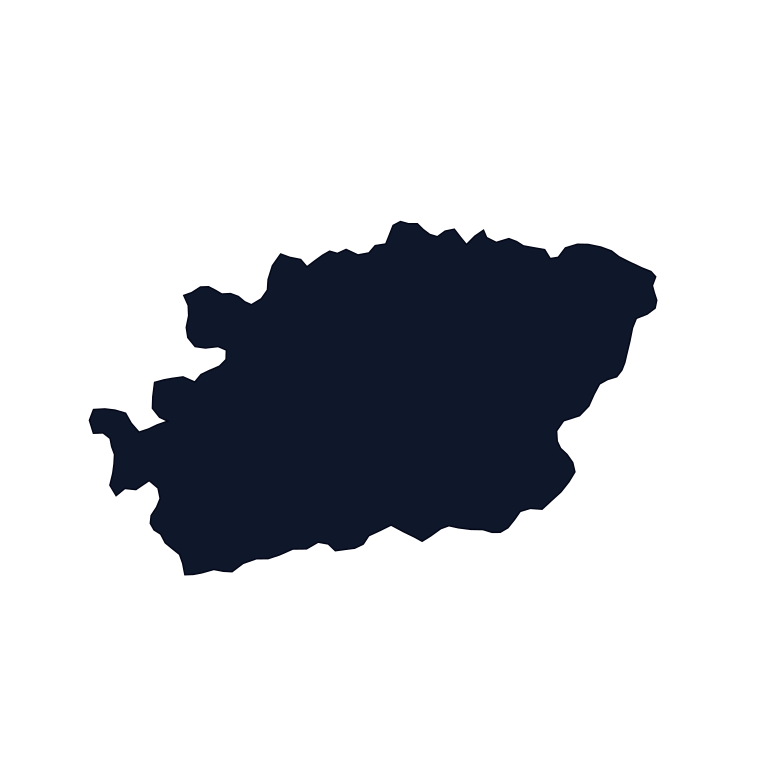 São José da Varginha, Minas Gerais, Brazil, rotated 229°
{"feature_id": "56859067B73320463748486", "entity_name": "São José da Varginha", "entity_type": "district", "adm_level": 2, "iso_a3": "BRA", "parent_name": "Brazil", "parent_adm1": "Minas Gerais", "projection": "natural_earth1", "projection_center": [-44.552, -19.7], "detail": "fine", "context": "isolated", "style": "filled", "palette": "ink", "viewbox_px": 768, "rotation_deg": 229, "n_neighbors": 0, "source": "geoboundaries", "source_scale": "gbopen_adm2", "svg_char_len": 2307}
<svg xmlns="http://www.w3.org/2000/svg" viewBox="0 0 768 768"><g transform="rotate(229 384 384)"><path d="M535.7,211.9L526.0,201.1L517.6,193.3L506.1,192.8L497.8,196.5L501.9,186.1L504.6,176.5L508.4,167.5L520.3,167.5L531.5,169.8L540.7,163.9L548.3,157.0L555.3,148.0L549.9,137.9L537.5,132.4L531.4,139.9L522.6,141.6L515.4,137.4L507.6,134.4L500.8,127.8L494.6,120.8L487.4,110.7L475.5,108.6L475.2,119.9L467.1,127.5L465.2,143.4L453.7,145.2L444.4,139.9L440.2,131.6L437.5,122.0L432.1,116.2L424.8,114.7L417.2,117.0L407.6,114.7L398.8,116.2L389.5,117.9L380.7,114.4L370.7,108.6L365.3,115.3L361.1,122.5L355.7,133.9L348.1,139.9L342.0,146.2L341.1,159.9L335.9,173.0L328.2,182.0L323.6,193.0L319.3,206.9L310.4,217.4L307.9,230.5L299.8,237.0L290.1,237.9L284.4,246.6L279.3,254.2L276.8,263.4L279.5,272.9L276.1,284.6L272.9,296.8L259.8,301.8L249.0,306.4L240.3,309.6L238.7,319.7L237.6,331.9L234.5,340.0L226.6,345.9L217.3,354.2L209.2,363.2L201.2,368.2L195.8,374.5L194.2,383.2L196.1,393.6L198.5,403.2L194.2,412.8L185.8,421.2L186.2,434.0L186.5,446.9L188.9,459.5L192.4,470.4L200.9,474.9L210.8,475.9L219.6,475.0L227.2,477.2L235.4,483.5L238.4,495.4L231.8,510.8L233.0,524.1L238.4,535.7L242.6,546.7L240.7,555.7L236.8,564.4L238.4,572.6L242.2,579.8L247.2,586.7L254.9,597.5L263.4,608.5L268.0,617.5L264.1,628.5L263.4,638.4L268.3,644.8L275.6,647.9L282.2,651.1L286.7,659.4L293.7,659.3L302.4,654.8L315.5,649.0L325.9,644.8L335.1,643.0L345.1,637.5L355.3,629.7L362.6,621.6L367.7,610.2L365.3,598.6L369.6,591.7L380.0,593.4L388.8,586.2L396.8,579.8L404.5,577.5L411.8,573.6L417.2,561.6L427.2,557.5L434.8,560.0L436.0,549.5L435.1,537.7L444.8,538.0L454.7,538.6L459.3,530.4L460.1,520.9L466.9,516.6L475.0,514.9L483.1,514.3L488.9,507.6L495.8,503.0L497.7,494.9L493.4,486.7L488.5,477.2L494.2,468.1L492.8,458.6L498.5,449.0L510.4,443.7L513.1,434.5L519.9,430.1L521.5,422.1L522.3,413.1L523.0,402.7L532.6,402.8L541.5,395.9L549.9,391.3L546.5,377.4L538.9,365.1L531.4,357.7L528.8,347.3L530.8,335.9L537.5,332.8L545.6,331.5L552.9,327.5L558.3,320.6L565.2,318.3L572.5,315.4L577.6,309.1L579.1,298.8L582.2,291.0L571.7,287.8L563.7,281.4L556.4,271.9L547.7,266.4L536.2,266.0L528.4,272.8L521.1,283.4L513.0,287.3L506.1,280.9L505.4,271.5L508.8,260.9L511.2,252.1L509.6,242.5L521.2,237.0L527.4,227.5L531.5,220.6L535.7,211.9Z" fill="#0f172a" stroke="#020617" stroke-width="1.5"/></g></svg>